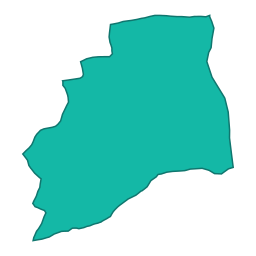 the district of Esan South-East, Edo, Nigeria
{"feature_id": "59680162B32427656470349", "entity_name": "Esan South-East", "entity_type": "district", "adm_level": 2, "iso_a3": "NGA", "parent_name": "Nigeria", "parent_adm1": "Edo", "projection": "orthographic", "projection_center": [6.432, 6.577], "detail": "fine", "context": "isolated", "style": "filled", "palette": "teal", "viewbox_px": 256, "rotation_deg": 0, "n_neighbors": 0, "source": "geoboundaries", "source_scale": "gbopen_adm2", "svg_char_len": 2357}
<svg xmlns="http://www.w3.org/2000/svg" viewBox="0 0 256 256"><path d="M209.7,15.4L205.9,16.8L200.8,16.4L194.2,16.5L189.6,17.2L181.6,16.6L176.9,16.6L170.7,16.2L166.2,15.7L161.5,15.5L159.6,15.4L154.9,15.4L150.2,16.4L144.6,17.9L141.3,18.4L137.1,19.4L131.5,20.4L126.8,21.0L123.1,21.5L118.4,23.0L113.3,24.0L110.5,24.5L110.0,28.8L109.5,32.7L109.1,37.0L110.0,42.3L111.0,45.1L111.9,48.0L111.9,50.9L112.4,53.8L109.6,56.7L104.5,56.7L98.4,56.8L96.1,57.0L92.8,57.3L86.6,58.8L83.4,60.4L80.6,61.7L82.4,68.3L83.4,74.4L82.6,76.6L80.2,78.2L75.2,79.0L68.5,80.0L64.9,80.5L62.6,80.8L62.9,81.6L62.9,82.6L62.9,85.4L65.2,88.3L66.6,92.1L67.6,95.0L68.1,97.4L68.5,102.2L66.7,105.6L64.4,110.4L62.5,114.3L61.7,117.2L60.6,121.0L57.8,124.4L55.5,126.3L52.2,127.3L45.2,128.6L43.8,128.9L40.5,130.3L39.1,131.8L36.8,134.2L34.9,137.1L33.1,141.9L31.7,144.8L29.1,147.9L26.1,150.6L22.8,154.0L23.5,154.9L27.5,160.2L28.9,165.5L30.9,168.4L31.3,168.8L34.6,173.1L39.3,177.4L41.1,178.8L40.2,184.1L39.8,187.5L37.9,191.3L36.5,195.7L36.2,196.4L35.1,198.6L33.6,201.4L33.7,201.5L32.8,203.4L35.1,206.7L37.9,207.7L40.8,209.1L44.5,210.5L45.9,212.9L44.1,216.7L41.7,223.5L40.3,225.9L38.5,228.8L36.6,231.2L35.7,233.2L34.7,235.6L33.8,237.5L33.1,240.6L37.6,239.8L42.0,239.1L45.0,238.2L46.6,237.7L49.2,237.0L52.6,235.0L54.2,234.0L55.3,233.6L59.0,232.3L61.4,231.4L64.1,231.2L68.2,231.1L72.3,228.2L74.8,228.1L76.5,228.1L78.9,228.7L83.9,227.6L86.9,226.4L89.8,225.8L93.1,224.4L94.9,223.8L97.6,223.2L98.0,223.1L99.2,222.6L99.7,222.4L100.9,222.1L102.1,221.2L104.2,220.0L106.5,218.8L109.2,217.1L110.4,216.5L111.7,214.1L113.2,211.7L115.0,209.6L115.8,208.8L115.9,208.7L116.7,207.9L117.7,206.9L119.5,205.4L126.4,200.3L128.4,198.8L128.5,198.8L132.2,197.0L134.2,196.0L135.9,195.2L141.0,191.1L142.0,190.8L144.0,189.3L147.1,186.8L150.9,180.6L151.2,180.4L156.3,176.8L158.0,174.5L159.5,174.2L161.2,174.0L164.2,173.0L164.5,173.0L164.6,172.9L165.5,172.6L166.7,172.2L172.7,171.4L179.7,171.0L184.9,170.6L185.5,170.4L186.4,170.2L190.2,169.1L194.7,168.8L196.2,168.7L202.1,168.3L207.4,169.8L208.6,170.2L209.2,170.4L214.5,173.6L221.5,173.9L223.1,172.7L226.7,170.1L228.5,168.8L233.2,167.4L231.4,153.3L229.5,137.9L229.6,130.1L228.2,112.0L224.8,98.2L224.0,96.8L215.6,83.1L212.0,77.2L206.8,61.5L208.7,52.4L211.1,47.7L212.0,38.6L213.9,28.1L212.8,24.8L211.7,21.4L209.7,16.8L209.7,15.4Z" fill="#14b8a6" stroke="#0f766e" stroke-width="1.5"/></svg>